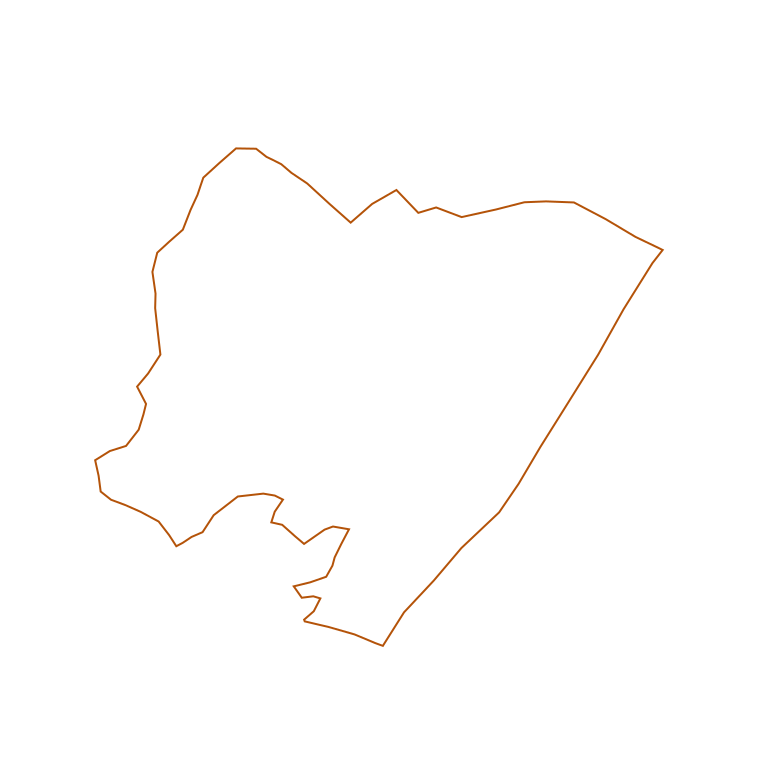 the district of Al-Samawa, Al-Muthannia, Iraq, rotated 260°
{"feature_id": "34846034B29652817116796", "entity_name": "Al-Samawa", "entity_type": "district", "adm_level": 2, "iso_a3": "IRQ", "parent_name": "Iraq", "parent_adm1": "Al-Muthannia", "projection": "equal_earth", "projection_center": [45.309, 31.221], "detail": "fine", "context": "isolated", "style": "outline", "palette": "amber", "viewbox_px": 768, "rotation_deg": 260, "n_neighbors": 0, "source": "geoboundaries", "source_scale": "gbopen_adm2", "svg_char_len": 1338}
<svg xmlns="http://www.w3.org/2000/svg" viewBox="0 0 768 768"><g transform="rotate(260 384 384)"><path d="M612.1,238.3L602.7,233.2L589.0,223.7L570.9,212.7L561.5,197.3L552.7,183.5L534.6,175.4L512.7,174.7L498.4,171.8L475.4,170.3L451.8,168.9L435.3,153.5L424.3,140.4L405.7,146.2L395.8,141.8L381.6,134.5L367.8,119.2L365.6,102.4L359.1,86.3L343.2,87.0L327.3,86.3L317.4,95.1L309.7,108.2L300.4,122.1L287.7,138.2L272.4,146.2L260.3,151.3L262.5,158.1L266.8,167.9L269.6,179.6L284.4,193.5L298.6,220.5L297.0,246.1L293.1,257.1L287.7,264.4L277.2,254.2L267.3,249.0L263.0,259.3L249.2,270.2L240.4,277.5L250.9,300.2L252.5,309.0L247.0,324.3L233.8,314.1L221.8,305.3L214.1,301.7L204.2,293.6L201.5,276.8L200.4,260.0L187.8,265.9L187.2,277.5L183.9,284.1L172.4,275.4L165.8,264.4L164.0,264.7L163.1,266.8L158.2,278.2L154.5,286.9L142.5,311.5L130.5,330.2L126.3,337.4L127.1,338.1L155.7,364.1L181.7,398.8L209.0,431.7L237.6,475.1L262.4,499.3L294.9,527.1L331.3,560.0L365.3,590.6L375.6,599.9L416.0,632.9L456.4,669.3L467.6,681.7L469.8,678.7L485.2,657.2L507.9,630.9L529.8,602.6L535.7,575.3L538.6,553.8L536.4,524.5L534.9,489.4L548.8,466.0L546.6,447.5L572.9,429.9L563.4,403.6L548.7,379.2L570.7,361.7L594.8,343.2L608.0,329.5L618.3,321.0L624.0,313.4L628.1,307.7L637.9,298.9L641.7,279.2L630.2,260.2L618.6,241.9L612.1,238.3Z" fill="none" stroke="#b45309" stroke-width="2"/></g></svg>